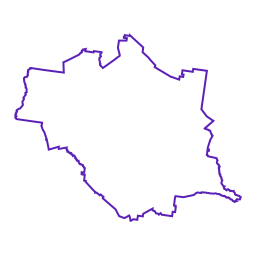 outline of Coonamble, New South Wales, Australia
{"feature_id": "25037944B2591711256956", "entity_name": "Coonamble", "entity_type": "district", "adm_level": 2, "iso_a3": "AUS", "parent_name": "Australia", "parent_adm1": "New South Wales", "projection": "mercator", "projection_center": [148.081, -30.867], "detail": "fine", "context": "isolated", "style": "outline", "palette": "violet", "viewbox_px": 256, "rotation_deg": 0, "n_neighbors": 0, "source": "geoboundaries", "source_scale": "gbopen_adm2", "svg_char_len": 5682}
<svg xmlns="http://www.w3.org/2000/svg" viewBox="0 0 256 256"><path d="M30.9,68.0L30.8,68.4L30.4,68.2L30.3,68.4L29.8,68.5L29.7,68.8L29.4,69.0L29.4,69.4L27.9,70.3L28.1,70.9L27.9,71.5L28.2,71.8L28.1,72.6L27.7,73.1L27.7,73.7L28.0,74.8L27.9,75.1L27.5,75.2L27.3,76.6L26.2,77.0L25.7,77.0L25.3,77.3L24.9,77.2L24.0,78.1L24.0,79.5L24.3,81.4L24.3,82.0L24.7,83.0L25.0,83.3L25.1,83.7L25.0,83.8L25.1,84.2L25.5,84.5L25.6,85.0L25.3,85.1L25.3,85.3L25.7,86.1L25.6,87.5L26.1,87.6L26.7,89.3L26.5,91.4L26.7,92.1L26.4,92.2L26.2,92.5L25.7,92.8L25.5,93.2L25.6,93.8L25.4,93.7L25.5,94.9L23.4,97.8L24.0,99.0L22.4,101.7L22.9,105.0L20.2,108.4L19.0,108.7L18.6,109.1L17.9,109.3L17.8,109.5L17.3,109.9L17.0,110.1L16.8,110.1L16.6,110.5L16.8,110.6L16.7,110.9L17.0,111.5L16.6,111.9L16.7,112.1L16.1,112.7L16.3,113.0L16.2,113.7L15.5,114.1L15.5,114.5L15.4,114.6L15.4,114.9L15.7,114.9L15.6,115.1L15.7,115.4L15.6,115.5L15.8,115.7L15.7,115.8L15.8,116.1L16.0,116.2L15.8,116.3L15.8,116.7L15.5,116.9L15.6,117.0L15.4,117.2L15.5,117.8L15.6,118.1L15.9,118.1L15.9,118.3L16.2,118.3L16.7,119.1L42.1,122.7L41.7,125.6L41.4,125.8L42.9,130.1L43.9,131.3L44.5,132.7L46.3,138.1L46.1,139.6L46.8,139.5L48.8,149.6L58.5,146.8L58.3,147.3L58.7,147.6L58.8,148.3L59.1,148.5L59.0,148.9L66.5,147.6L66.4,147.8L66.5,149.1L66.6,149.4L66.8,149.2L67.1,149.4L67.2,149.6L66.9,149.9L67.0,150.3L67.5,150.8L67.4,151.5L68.1,151.5L68.4,152.3L68.8,152.5L69.1,152.4L69.2,152.7L69.7,152.8L70.0,153.4L70.7,153.3L70.9,152.9L71.2,153.0L71.6,153.6L71.3,153.9L71.6,154.6L72.1,154.6L72.5,155.1L72.9,155.1L73.0,155.6L73.3,155.3L73.8,155.4L74.0,155.8L74.4,155.8L74.4,156.2L74.7,156.5L74.7,156.8L75.4,157.3L75.2,157.9L75.5,157.9L75.6,158.1L76.0,158.4L75.9,158.9L76.1,159.0L76.2,159.3L76.5,159.2L76.7,159.4L77.1,160.0L77.0,160.4L77.4,160.5L77.4,160.9L77.6,161.0L77.9,160.7L78.1,160.9L78.4,160.9L78.3,161.2L78.5,161.8L78.9,162.1L78.9,162.6L79.2,163.5L80.1,164.2L80.3,164.0L80.6,164.3L81.4,164.3L82.0,164.9L82.8,165.0L83.0,165.4L82.9,166.0L83.0,166.3L83.6,166.5L83.8,166.9L83.9,167.6L84.8,168.1L84.2,172.5L81.7,172.2L81.5,173.8L82.3,173.9L82.3,174.5L84.8,174.8L84.1,180.6L85.8,180.9L85.6,181.8L93.8,190.7L95.3,192.0L95.2,192.7L96.0,192.6L96.4,192.9L96.8,192.8L99.8,195.3L100.7,194.5L103.4,196.8L102.9,197.1L102.8,198.3L115.6,209.4L119.1,216.1L124.4,218.1L129.2,215.5L130.0,217.6L130.4,219.4L130.4,220.7L130.8,220.8L133.5,219.2L137.3,219.8L137.9,215.7L142.8,216.4L143.2,213.8L152.6,208.6L152.5,210.0L152.6,210.3L153.1,210.7L154.1,210.8L155.0,211.3L155.8,213.2L156.2,213.4L156.7,213.4L158.4,213.8L158.9,214.6L160.6,213.2L161.7,214.7L172.1,216.2L172.7,211.8L175.1,212.1L175.8,207.0L175.4,206.9L175.6,205.7L174.0,205.5L175.0,197.6L175.4,196.2L175.9,196.2L183.4,197.2L193.7,195.0L195.1,194.0L195.6,193.4L197.3,192.5L201.2,193.0L201.3,192.4L201.5,192.3L206.0,192.6L206.7,192.9L207.8,192.9L210.9,193.5L214.1,193.6L215.7,193.3L217.7,194.1L218.5,194.1L219.4,194.0L219.7,194.5L220.4,194.7L220.6,195.0L221.5,195.4L221.9,195.4L222.4,195.9L223.7,196.1L224.7,195.9L225.2,196.3L225.3,196.7L226.2,197.1L226.3,197.4L226.4,197.5L227.0,197.4L227.4,197.8L228.4,197.4L229.0,197.9L229.4,197.9L229.6,198.6L230.8,199.5L231.4,199.4L232.3,200.0L232.4,200.3L232.9,201.0L234.1,201.2L234.2,201.7L234.6,202.0L235.4,201.4L236.2,201.2L235.7,200.9L235.8,200.5L236.1,200.3L236.8,199.2L238.7,199.6L239.4,199.2L240.0,199.3L240.2,198.7L240.2,198.2L240.6,197.4L240.4,197.3L240.5,196.9L239.8,196.5L239.7,196.2L238.8,195.8L238.7,195.9L238.2,195.9L237.3,195.3L236.9,195.3L236.5,194.9L235.5,194.8L235.0,194.4L234.9,193.5L234.7,192.7L234.0,192.0L233.7,190.9L232.3,191.3L231.8,191.0L231.1,191.0L230.7,190.6L230.1,191.0L229.8,190.6L229.2,190.3L229.1,190.0L228.0,189.2L226.9,189.7L226.6,190.3L226.3,190.2L225.6,189.3L224.3,188.9L224.2,188.4L223.8,187.7L223.8,187.3L224.1,187.2L224.1,186.7L224.4,186.4L223.5,186.2L223.2,185.9L223.0,185.5L222.6,185.1L222.4,184.7L221.4,183.3L221.7,181.5L222.3,180.5L222.3,180.1L221.6,179.4L221.4,178.5L221.5,178.0L221.2,177.5L221.3,177.3L220.9,176.7L220.5,176.5L220.3,176.1L220.4,175.5L219.8,174.8L220.2,174.3L219.8,173.8L219.6,173.8L219.6,173.4L219.3,173.0L219.5,172.6L219.2,171.9L219.3,171.7L219.1,170.4L219.3,170.2L219.1,169.4L218.9,169.1L219.0,169.0L218.8,168.8L219.0,168.4L218.9,168.1L219.1,167.9L219.2,167.6L218.9,167.4L219.2,166.9L219.5,166.7L218.9,166.2L218.8,165.9L219.1,165.4L218.5,164.5L218.2,164.2L217.8,164.2L217.6,163.7L216.9,163.0L216.9,161.7L217.5,160.5L217.2,160.1L217.3,159.9L216.8,159.3L216.6,158.2L208.2,156.3L208.0,156.2L207.9,155.5L206.8,155.0L207.0,154.4L207.4,150.7L208.8,150.9L209.0,149.5L207.6,149.3L207.8,147.6L210.3,139.8L212.3,136.3L212.1,135.9L212.5,135.6L211.5,134.5L211.6,134.0L210.9,133.0L210.8,132.4L210.4,131.7L210.1,130.6L209.0,130.2L208.6,130.3L208.0,129.6L207.6,129.6L207.2,129.4L205.2,128.9L204.8,128.5L205.6,127.9L205.4,127.8L213.4,120.9L206.7,116.3L201.4,109.3L206.9,70.8L193.2,68.9L192.8,71.8L182.5,70.3L181.9,74.3L183.6,74.6L183.2,76.9L179.7,76.4L179.2,79.6L171.0,76.7L170.9,76.8L154.7,67.1L155.3,65.6L155.3,65.3L149.4,58.9L149.1,58.2L142.6,52.2L143.2,47.4L129.8,35.2L129.7,35.9L124.9,35.2L124.7,36.8L123.9,36.7L123.8,37.8L126.9,38.2L126.5,40.6L119.0,40.6L117.9,47.8L119.8,55.0L119.6,55.9L115.4,58.9L115.2,59.2L102.9,68.0L100.0,65.1L100.1,64.4L100.4,64.4L100.5,63.9L99.9,63.1L99.8,62.6L99.9,61.6L99.3,60.0L99.3,59.4L99.4,59.1L99.4,58.2L99.7,58.1L99.8,57.4L101.0,56.4L100.9,56.1L100.1,55.0L100.5,54.4L100.5,53.5L101.6,52.7L101.6,52.2L93.9,51.1L93.6,52.4L85.3,51.2L85.7,49.1L85.2,49.3L84.6,49.1L84.1,49.5L83.7,49.5L83.5,49.8L83.1,49.6L83.0,49.9L82.1,50.4L82.2,50.9L81.8,51.1L81.9,51.6L81.5,51.9L81.7,52.5L80.2,53.2L79.7,53.7L79.7,54.1L79.3,54.5L67.0,60.7L63.4,62.3L63.8,72.6L43.4,69.9L30.9,68.0Z" fill="none" stroke="#5b21b6" stroke-width="2"/></svg>